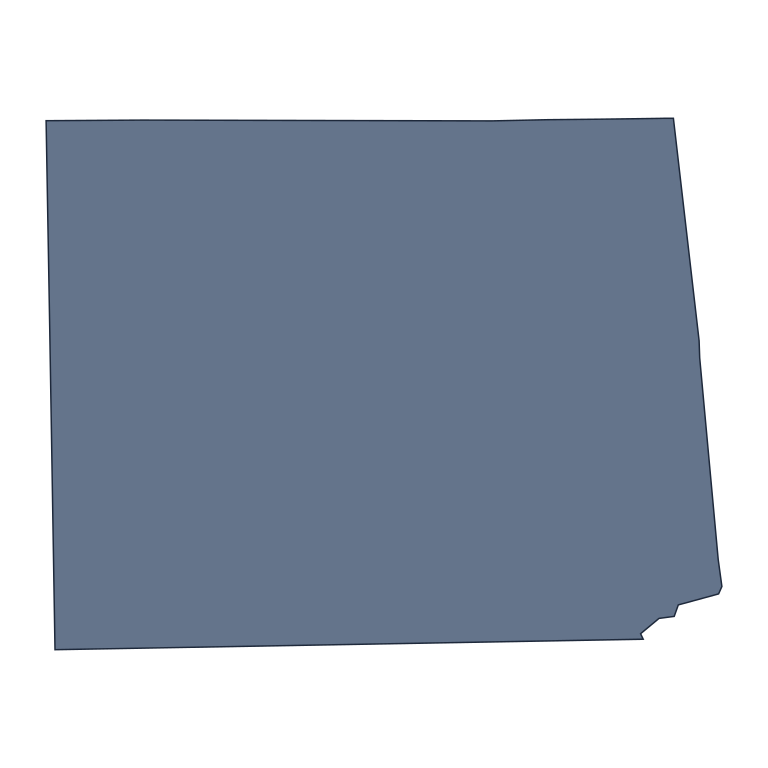 Tioga, Pennsylvania, United States of America
{"feature_id": "52423323B23673127244942", "entity_name": "Tioga", "entity_type": "district", "adm_level": 2, "iso_a3": "USA", "parent_name": "United States of America", "parent_adm1": "Pennsylvania", "projection": "natural_earth1", "projection_center": [-77.118, 41.772], "detail": "fine", "context": "isolated", "style": "filled", "palette": "slate", "viewbox_px": 768, "rotation_deg": 0, "n_neighbors": 0, "source": "geoboundaries", "source_scale": "gbopen_adm2", "svg_char_len": 427}
<svg xmlns="http://www.w3.org/2000/svg" viewBox="0 0 768 768"><path d="M55.0,649.7L643.2,639.2L640.6,633.7L659.0,618.4L674.2,616.4L678.3,604.9L718.6,593.9L721.9,586.5L718.2,559.4L699.7,357.9L699.1,340.7L673.4,118.3L664.2,118.3L659.2,118.4L637.9,118.7L599.5,119.2L599.4,119.2L547.9,119.7L491.9,120.9L187.0,120.2L142.3,120.1L46.1,120.7L49.8,332.9L51.5,435.9L55.0,649.7Z" fill="#64748b" stroke="#1e293b" stroke-width="1.5"/></svg>